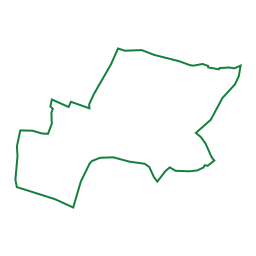 Artane-Whitehall Lea-6, Dublin, Ireland (Albers equal-area conic projection)
{"feature_id": "5873133B65902327619724", "entity_name": "Artane-Whitehall Lea-6", "entity_type": "district", "adm_level": 2, "iso_a3": "IRL", "parent_name": "Ireland", "parent_adm1": "Dublin", "projection": "albers", "projection_center": [-6.218, 53.392], "detail": "fine", "context": "isolated", "style": "outline", "palette": "green", "viewbox_px": 256, "rotation_deg": 0, "n_neighbors": 0, "source": "geoboundaries", "source_scale": "gbopen_adm2", "svg_char_len": 850}
<svg xmlns="http://www.w3.org/2000/svg" viewBox="0 0 256 256"><path d="M240.6,65.6L234.4,68.3L229.0,67.5L219.5,68.1L218.9,69.3L208.2,67.4L208.0,65.9L202.5,64.0L193.2,65.7L189.9,65.1L179.0,61.2L154.5,55.0L141.7,50.1L125.0,50.7L118.0,48.5L110.9,64.5L93.7,94.4L89.2,104.3L89.4,108.3L70.9,101.8L68.6,107.0L51.8,99.5L50.4,106.5L52.8,108.8L51.4,112.8L51.8,123.8L48.0,133.8L42.0,133.5L32.3,130.7L20.3,130.4L16.9,146.3L17.5,156.2L15.4,179.5L16.8,187.1L55.0,199.2L73.2,207.5L80.8,181.6L89.6,163.6L92.0,161.0L100.0,157.8L113.3,157.3L129.2,161.6L144.8,163.8L149.3,167.0L153.9,177.1L157.3,181.6L165.3,171.2L169.8,167.4L175.6,170.8L189.7,171.3L197.4,170.4L203.4,167.5L204.9,165.2L207.6,165.8L214.3,160.6L211.7,157.3L205.6,143.7L201.0,137.2L195.9,132.9L210.8,119.7L222.4,98.0L235.0,84.3L238.8,76.2L240.6,65.6Z" fill="none" stroke="#15803d" stroke-width="2"/></svg>